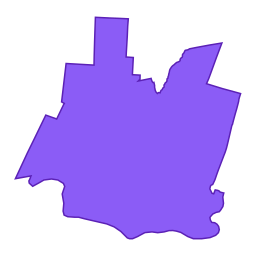 Branistea, Galati, Romania
{"feature_id": "2599482B60260164526160", "entity_name": "Branistea", "entity_type": "district", "adm_level": 2, "iso_a3": "ROU", "parent_name": "Romania", "parent_adm1": "Galati", "projection": "robinson", "projection_center": [27.84, 45.445], "detail": "fine", "context": "isolated", "style": "filled", "palette": "violet", "viewbox_px": 256, "rotation_deg": 0, "n_neighbors": 0, "source": "geoboundaries", "source_scale": "gbopen_adm2", "svg_char_len": 2701}
<svg xmlns="http://www.w3.org/2000/svg" viewBox="0 0 256 256"><path d="M223.8,193.0L220.2,192.1L219.0,190.9L217.8,190.4L215.2,189.9L213.7,193.8L213.4,193.7L213.0,193.6L212.0,193.3L209.9,189.0L209.9,188.3L210.6,185.8L211.2,185.1L212.0,184.8L212.7,184.5L214.7,180.3L215.3,178.7L216.9,174.0L218.5,169.6L223.8,155.7L225.2,152.1L226.4,148.4L227.3,144.9L228.3,140.7L231.9,125.3L232.0,125.0L232.3,124.8L232.6,124.0L232.9,122.6L233.6,119.9L235.4,113.3L236.6,109.2L237.9,104.3L238.6,101.5L238.8,100.1L238.9,99.3L239.1,98.7L239.2,98.1L240.6,93.6L237.4,92.7L233.4,91.6L232.8,91.4L230.1,90.7L222.4,88.6L212.3,85.5L206.5,83.7L208.6,78.9L210.4,74.1L216.5,57.3L221.9,43.0L210.3,44.9L196.2,47.5L191.2,48.5L189.6,48.8L187.9,49.8L185.3,50.3L184.7,51.1L184.1,52.6L183.5,53.4L182.8,54.1L182.5,54.7L182.4,56.7L182.0,57.4L181.5,57.7L180.6,58.4L180.3,59.0L180.1,59.4L180.2,59.9L180.2,60.4L179.6,61.2L179.0,61.6L178.1,62.0L177.0,62.3L175.9,63.0L175.7,63.3L174.9,63.9L174.4,64.5L173.0,65.5L172.5,65.9L171.5,67.0L171.0,67.8L170.3,68.8L169.8,69.8L169.6,70.5L169.2,72.6L168.7,74.2L168.7,74.6L168.4,76.0L168.1,76.6L168.0,76.9L168.0,78.0L167.8,78.2L167.5,78.4L167.2,78.6L167.0,79.6L166.9,80.1L167.0,80.7L166.7,81.5L166.2,82.2L165.4,82.7L164.9,83.6L164.6,84.4L164.0,85.0L164.1,86.9L163.8,87.4L163.0,87.9L162.5,88.8L162.3,89.4L162.1,89.7L161.3,90.2L160.8,90.9L160.3,92.1L160.1,92.8L158.5,92.6L157.3,93.5L157.0,93.1L156.0,92.0L155.6,91.2L155.1,89.8L155.0,89.0L154.9,88.6L154.6,87.4L154.6,85.4L153.9,82.4L153.7,82.5L153.2,82.5L152.9,82.5L152.5,82.0L152.1,81.4L151.9,81.0L151.7,80.3L151.3,79.3L151.2,78.9L151.1,78.4L138.3,81.0L140.0,79.2L140.1,75.1L132.4,74.7L133.3,57.5L126.1,57.0L126.3,52.8L127.3,35.8L127.7,26.3L128.3,18.8L119.7,18.4L109.4,18.0L95.4,17.3L94.6,41.0L94.4,48.1L94.2,55.6L94.0,65.1L66.1,63.5L61.6,101.9L64.3,103.4L63.7,104.4L56.7,119.0L45.8,115.1L34.8,137.8L27.3,153.1L15.4,178.7L23.2,177.3L31.0,175.9L30.7,176.6L30.1,178.4L29.2,180.4L28.9,180.9L29.2,183.1L31.8,185.5L32.7,186.3L37.8,183.5L40.3,182.1L43.9,180.0L51.5,179.0L57.9,180.0L63.4,183.4L64.7,186.4L62.2,194.0L63.8,203.3L63.1,211.1L64.1,215.1L67.7,216.7L74.9,217.2L78.6,217.2L84.2,218.7L106.7,223.9L114.2,226.9L120.8,231.4L127.3,237.9L129.5,238.7L132.6,238.7L137.9,236.4L138.9,235.8L144.9,232.6L152.0,231.9L157.7,232.7L164.1,231.9L169.0,230.6L170.2,230.6L172.8,230.5L174.5,230.8L176.3,231.1L180.8,232.4L187.7,236.5L193.3,238.7L201.9,238.7L207.8,237.9L210.1,237.6L215.7,235.3L218.4,232.7L219.3,229.7L218.6,226.4L217.0,224.2L214.7,222.7L211.7,222.4L210.4,220.1L209.9,217.5L210.6,216.5L212.8,214.0L216.1,212.4L219.3,211.7L220.7,210.0L222.9,206.5L223.5,203.3L223.3,201.6L222.8,197.0L223.7,193.3L223.8,193.0Z" fill="#8b5cf6" stroke="#5b21b6" stroke-width="1.5"/></svg>